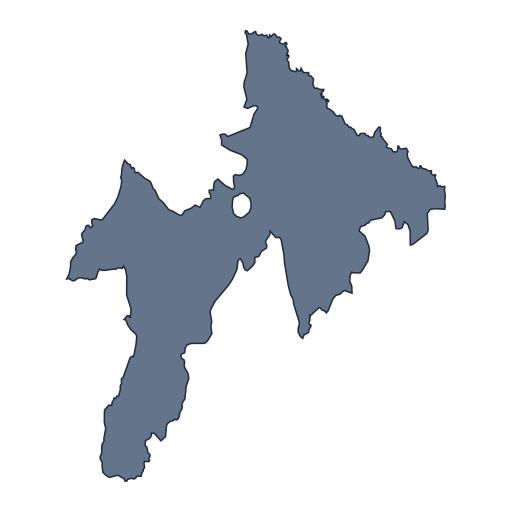 Rungu, Orientale, Democratic Republic of the Congo
{"feature_id": "63176286B79209138861399", "entity_name": "Rungu", "entity_type": "district", "adm_level": 2, "iso_a3": "COD", "parent_name": "Democratic Republic of the Congo", "parent_adm1": "Orientale", "projection": "equal_earth", "projection_center": [27.634, 2.608], "detail": "fine", "context": "isolated", "style": "filled", "palette": "slate", "viewbox_px": 512, "rotation_deg": 0, "n_neighbors": 0, "source": "geoboundaries", "source_scale": "gbopen_adm2", "svg_char_len": 6020}
<svg xmlns="http://www.w3.org/2000/svg" viewBox="0 0 512 512"><path d="M165.5,436.8L166.6,425.2L167.7,423.4L170.6,421.2L173.2,420.7L174.2,419.3L176.6,419.9L177.8,419.3L179.2,416.9L179.7,412.8L181.9,408.8L182.4,406.4L181.9,404.9L182.7,402.2L184.9,398.8L186.2,386.3L188.8,378.5L188.1,373.7L184.6,367.4L184.2,365.7L184.6,361.8L183.8,359.6L181.8,358.6L180.9,355.4L181.2,354.3L184.7,352.7L185.4,347.5L187.2,344.8L191.5,343.4L203.7,343.4L206.0,342.6L208.9,338.8L211.9,333.5L210.9,326.4L211.7,321.2L210.3,313.5L210.3,311.3L211.3,308.4L215.1,301.2L228.5,285.3L232.4,279.2L236.9,269.5L237.9,261.1L239.1,259.2L240.3,258.8L242.8,262.9L243.8,267.6L245.2,269.9L247.3,270.8L252.0,266.6L254.9,262.7L254.8,257.5L258.8,256.5L261.4,251.4L266.2,248.3L266.9,245.8L265.4,241.5L269.8,234.6L270.1,231.1L275.7,237.5L279.5,237.5L281.1,239.4L284.0,254.8L284.5,262.8L288.3,285.7L290.6,294.6L293.1,299.2L293.7,304.2L299.1,321.5L299.3,324.2L298.2,328.2L298.2,332.1L300.4,336.6L302.7,338.4L304.1,334.8L308.6,332.5L309.1,329.3L311.0,326.1L310.9,325.0L309.3,324.4L308.8,323.2L310.0,319.9L309.5,318.2L310.3,317.0L309.6,315.2L310.8,315.3L318.9,307.7L320.3,307.9L322.3,310.4L323.7,310.3L326.4,312.9L328.3,310.4L332.9,299.0L335.8,295.4L339.8,294.3L344.2,290.4L352.0,293.2L351.8,286.3L349.7,280.9L350.3,274.8L351.8,272.2L352.4,272.8L360.2,272.9L362.4,270.2L368.0,260.7L369.6,250.2L368.7,245.6L365.0,236.1L359.1,230.9L360.6,226.6L365.5,225.0L366.8,223.4L368.7,222.9L370.6,220.2L381.9,217.8L384.8,214.6L385.7,211.6L390.4,211.6L395.0,221.2L396.0,228.7L400.1,228.8L402.3,227.5L404.3,221.6L408.0,224.6L410.1,231.1L410.3,245.1L412.8,244.4L426.8,233.5L428.1,230.1L427.3,213.4L430.2,209.4L435.0,208.7L444.8,209.2L445.2,206.2L444.7,202.1L445.3,196.0L444.4,189.3L445.0,187.1L444.4,186.4L441.1,186.8L440.0,185.6L437.5,186.4L437.3,183.5L434.9,177.5L435.6,175.2L435.2,174.6L433.7,175.4L430.9,173.4L431.6,171.4L431.2,170.7L428.3,170.8L425.9,169.2L422.4,168.4L420.8,166.0L420.0,165.8L419.3,168.2L417.6,168.2L416.3,166.8L413.3,167.0L411.5,165.2L407.7,157.5L407.2,153.7L408.1,151.7L406.3,148.2L401.5,149.1L399.2,148.1L398.8,146.1L398.0,146.0L397.3,151.1L396.4,151.9L393.2,151.8L391.3,148.8L386.8,147.5L386.4,146.7L387.5,144.4L383.4,139.4L381.9,136.7L380.5,136.4L381.2,133.8L380.0,131.3L380.5,128.4L380.1,127.1L378.6,127.3L374.7,132.5L373.3,137.0L370.0,137.5L368.4,135.9L365.9,135.2L364.9,133.4L360.9,133.4L360.1,133.7L359.1,135.7L357.2,135.4L354.1,129.4L352.3,128.8L350.4,127.0L348.9,127.2L347.4,124.8L345.9,124.4L344.9,123.3L341.8,116.1L339.5,115.3L338.4,116.4L335.6,115.2L333.3,111.9L329.1,108.8L327.3,108.4L326.7,105.9L327.1,103.2L325.9,101.3L326.2,100.7L328.4,101.6L328.8,100.7L327.0,99.2L324.2,99.1L323.6,98.3L323.8,96.6L323.1,96.2L321.9,97.8L320.8,94.1L322.0,94.4L321.7,91.7L323.2,91.3L323.8,89.5L319.5,89.4L316.9,88.0L314.6,88.4L312.8,83.9L313.6,79.9L313.3,78.5L310.6,75.8L308.6,75.6L308.6,72.6L303.6,72.6L301.1,68.3L300.4,71.2L299.1,71.0L296.5,68.6L296.5,70.9L295.9,71.7L291.2,70.6L289.3,67.9L288.7,62.0L286.9,59.9L286.8,58.9L288.4,57.6L288.9,55.8L288.0,54.9L287.0,55.8L286.6,55.1L288.1,51.3L288.0,50.1L287.0,49.0L286.6,47.2L285.2,46.1L287.0,44.1L286.2,42.6L285.0,42.5L284.3,44.0L283.4,44.2L279.8,42.8L279.3,41.9L280.9,39.1L280.9,38.3L279.6,37.3L277.6,37.2L274.4,33.8L273.0,34.4L271.0,36.7L269.7,34.9L268.9,37.8L267.3,37.2L266.9,35.1L263.9,35.7L262.8,35.4L262.4,34.3L258.6,35.5L256.0,33.6L255.8,31.8L255.2,31.5L251.0,34.1L248.5,33.6L247.2,31.2L245.5,30.7L245.1,33.0L246.4,34.3L248.2,44.1L245.7,53.4L247.1,72.9L244.2,82.2L243.8,86.8L246.9,99.3L244.0,107.1L247.6,108.4L254.5,105.5L257.6,106.5L257.4,108.9L254.0,114.0L250.1,127.5L227.7,136.5L225.3,134.2L222.8,134.0L220.0,135.0L221.7,140.5L221.5,144.9L230.0,150.2L241.7,154.7L247.1,159.3L247.1,164.8L245.9,169.8L243.2,173.7L241.5,174.8L238.2,175.3L235.3,174.6L233.4,176.2L233.6,182.1L234.6,186.8L233.8,189.1L231.5,188.9L224.9,185.3L217.9,179.0L214.5,181.8L213.7,185.3L213.6,189.9L209.2,190.2L209.2,192.6L210.4,194.5L210.8,198.0L210.2,198.6L206.4,198.5L203.4,200.6L200.1,207.3L195.2,205.1L191.5,208.0L184.6,210.9L182.0,215.1L179.5,215.2L172.6,211.1L168.7,209.7L163.3,202.5L159.0,198.9L155.1,190.3L153.2,188.6L151.1,183.1L149.8,181.1L144.2,177.9L138.0,172.3L135.4,172.6L134.7,171.7L134.4,168.8L133.2,167.5L131.6,168.2L130.2,164.7L128.0,163.8L124.6,160.1L122.9,164.7L121.8,169.5L121.5,174.8L120.6,177.4L121.7,180.2L121.1,186.1L118.0,196.6L114.7,203.6L102.4,219.6L100.6,219.9L94.2,218.5L91.8,219.8L91.6,222.4L92.7,225.8L90.5,227.9L88.7,225.3L86.7,225.5L86.0,226.3L84.9,230.0L81.9,233.4L81.6,235.3L83.2,241.1L82.9,242.1L76.1,245.5L75.7,249.8L76.5,252.4L75.6,254.6L72.8,257.7L70.6,261.9L70.5,267.5L69.0,274.2L66.7,279.0L68.6,278.5L72.8,280.9L75.0,280.4L78.1,278.0L81.4,277.8L85.4,279.0L87.1,278.4L89.4,279.8L95.0,278.9L96.0,278.2L97.8,272.2L99.6,269.2L101.8,270.3L104.8,270.4L114.2,269.0L115.7,269.4L117.6,267.8L122.3,268.3L123.6,266.1L125.6,270.0L126.8,276.1L126.6,295.0L131.0,308.8L130.4,317.3L129.5,317.2L128.8,315.7L127.3,315.7L124.0,319.5L125.8,320.0L127.7,324.9L130.9,329.6L136.0,334.3L136.7,336.9L136.0,344.5L133.6,356.5L132.0,356.2L130.2,357.6L123.1,377.4L121.4,378.8L121.4,384.0L120.3,385.8L120.3,389.7L118.5,396.0L116.8,396.1L115.8,398.4L114.0,398.0L113.3,400.7L112.2,402.0L111.7,405.2L111.2,405.7L109.6,404.9L108.7,405.2L104.8,409.7L104.4,411.7L104.3,422.3L105.7,428.6L103.9,438.3L104.0,441.0L101.9,444.9L101.6,453.5L100.2,456.3L100.1,458.6L102.3,462.5L102.1,467.0L103.0,472.4L105.9,475.3L109.3,477.4L117.8,475.2L123.9,478.7L125.3,481.3L126.8,481.1L127.6,479.4L131.7,478.2L133.9,479.1L135.7,478.1L137.0,476.1L141.1,476.4L141.8,473.3L143.3,470.7L143.2,469.4L144.6,467.5L144.0,463.2L144.6,461.5L148.7,461.6L149.6,460.5L148.7,458.4L150.1,456.0L149.8,454.5L148.1,452.9L146.9,447.3L145.1,445.5L145.5,440.8L149.9,438.3L151.4,435.5L151.4,433.2L154.4,433.4L160.9,440.8L165.5,436.8ZM232.1,206.8L232.8,199.3L234.2,196.6L237.8,195.6L239.6,193.9L243.5,193.0L249.6,198.2L251.0,202.7L251.0,207.7L249.2,212.2L243.6,217.0L240.8,217.9L237.1,216.6L233.7,213.8L232.1,206.8Z" fill="#64748b" stroke="#1e293b" stroke-width="1.5"/></svg>